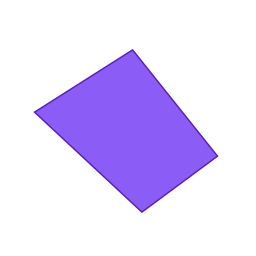 the district of Vlahita, Harghita, Romania, rotated 288°
{"feature_id": "2599482B7850722509394", "entity_name": "Vlahita", "entity_type": "district", "adm_level": 2, "iso_a3": "ROU", "parent_name": "Romania", "parent_adm1": "Harghita", "projection": "orthographic", "projection_center": [25.464, 46.349], "detail": "fine", "context": "isolated", "style": "filled", "palette": "violet", "viewbox_px": 256, "rotation_deg": 288, "n_neighbors": 0, "source": "geoboundaries", "source_scale": "gbopen_adm2", "svg_char_len": 229}
<svg xmlns="http://www.w3.org/2000/svg" viewBox="0 0 256 256"><g transform="rotate(288 128 128)"><path d="M203.7,108.2L114.2,34.2L52.3,167.2L128.9,221.8L203.7,108.2Z" fill="#8b5cf6" stroke="#5b21b6" stroke-width="1.5"/></g></svg>